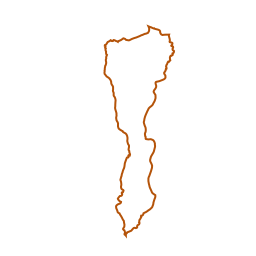 Bagre, Pará, Brazil, rotated 18°
{"feature_id": "56859067B6820333786751", "entity_name": "Bagre", "entity_type": "district", "adm_level": 2, "iso_a3": "BRA", "parent_name": "Brazil", "parent_adm1": "Pará", "projection": "natural_earth1", "projection_center": [-50.178, -2.484], "detail": "fine", "context": "isolated", "style": "outline", "palette": "amber", "viewbox_px": 256, "rotation_deg": 18, "n_neighbors": 0, "source": "geoboundaries", "source_scale": "gbopen_adm2", "svg_char_len": 5847}
<svg xmlns="http://www.w3.org/2000/svg" viewBox="0 0 256 256"><g transform="rotate(18 128 128)"><path d="M122.1,25.1L121.8,25.4L120.0,25.3L119.2,25.1L117.1,25.1L116.0,25.0L116.8,25.9L117.4,26.8L117.9,28.5L118.0,29.3L117.9,30.0L117.6,31.3L117.2,31.7L115.7,32.9L115.0,33.2L114.4,33.7L113.0,35.0L112.1,35.6L110.8,36.9L108.8,38.6L107.7,39.5L106.9,40.0L106.6,40.3L106.2,40.5L104.2,42.1L102.3,44.0L101.7,44.4L99.7,44.7L98.9,44.8L97.8,44.2L96.3,44.1L95.8,44.2L95.3,45.1L94.8,45.6L94.1,46.6L93.6,46.9L93.4,47.2L92.8,47.8L92.4,48.0L91.9,48.5L91.8,49.2L91.0,48.9L89.8,49.0L89.0,48.8L87.3,48.7L87.0,48.9L86.8,49.9L86.4,50.1L85.6,50.3L84.7,49.9L84.3,49.9L84.2,50.4L83.9,50.8L83.5,51.1L82.9,51.8L82.2,52.4L82.0,52.8L81.8,53.8L81.4,55.3L81.1,55.8L80.4,56.3L80.5,57.0L81.1,57.1L81.5,57.6L81.4,58.2L81.4,58.8L81.9,59.1L82.3,59.2L82.3,60.2L82.5,60.7L82.8,61.3L83.5,62.0L83.6,62.4L84.0,63.6L84.2,63.9L84.4,64.3L84.9,64.9L85.4,65.0L85.4,65.8L85.3,66.8L85.3,67.4L85.6,68.0L85.8,68.5L85.8,69.7L85.9,70.2L86.4,71.3L86.7,71.7L87.0,72.4L87.3,73.6L87.3,75.4L87.1,76.1L87.3,76.8L87.4,77.9L87.5,78.4L87.6,78.8L87.9,79.7L87.9,80.5L88.2,81.0L88.5,82.6L88.7,83.1L89.1,83.8L90.8,84.9L91.7,85.6L92.9,85.9L93.3,86.0L94.8,86.5L96.3,87.6L96.7,87.9L97.7,89.2L98.1,90.3L98.5,91.0L99.0,91.6L100.6,92.9L101.2,93.7L101.3,94.2L101.9,95.9L102.1,97.1L102.4,97.7L103.5,99.0L104.2,101.1L104.4,101.6L104.8,102.0L105.9,102.8L106.7,103.8L107.3,104.8L107.7,105.7L108.0,107.1L108.6,109.4L109.2,111.4L109.5,112.9L110.2,114.2L112.1,116.9L112.7,118.1L112.9,118.9L113.3,119.8L113.5,121.7L113.8,122.5L114.2,123.2L114.5,123.9L115.6,125.1L116.3,125.6L117.1,126.7L118.0,129.6L118.6,130.5L119.2,131.3L119.7,131.6L121.7,132.3L122.2,132.3L122.7,132.5L123.3,132.6L123.8,132.6L124.3,133.1L124.7,133.4L127.3,133.9L128.4,134.5L128.9,135.0L129.6,135.8L130.3,137.0L130.6,137.6L131.0,139.0L131.3,140.5L131.6,141.1L132.7,142.8L133.1,143.3L134.1,144.1L134.4,144.5L134.8,145.7L135.1,147.9L135.3,148.6L135.7,149.0L136.4,149.6L136.5,150.1L136.9,150.9L137.8,152.0L138.1,152.5L138.2,153.6L137.0,153.7L136.9,154.3L137.3,154.8L137.5,155.2L137.2,156.0L136.4,156.2L136.1,156.6L136.0,157.9L135.9,161.2L135.9,162.6L136.2,164.1L136.5,165.7L136.6,166.8L136.6,167.7L136.5,168.4L136.4,169.7L136.4,171.0L136.5,171.9L136.4,173.6L136.7,175.9L136.6,176.6L136.7,177.3L136.7,178.2L136.8,179.6L137.0,180.0L137.6,180.7L138.2,181.7L139.1,183.7L139.3,184.5L139.4,185.6L139.6,186.3L139.9,186.9L140.2,187.4L140.9,188.1L142.7,188.5L143.1,188.9L143.1,189.5L143.0,190.7L142.7,190.9L142.1,191.2L142.1,191.8L142.7,192.5L143.0,193.0L143.0,193.6L142.9,194.1L142.4,194.7L141.3,195.2L140.9,196.1L140.4,197.4L140.2,198.4L140.7,199.0L141.3,199.4L141.9,199.8L142.8,200.2L144.2,200.4L144.3,201.0L144.1,201.8L143.8,202.2L143.1,202.8L142.0,203.7L141.6,204.2L140.9,205.4L140.9,206.4L141.6,207.9L143.2,209.7L144.2,211.2L145.2,211.7L146.3,211.8L147.2,212.8L148.6,213.9L150.1,215.3L151.4,216.7L152.7,217.6L153.5,219.3L154.5,221.0L155.0,223.0L154.6,224.6L154.5,225.6L155.4,226.3L156.1,226.4L156.5,226.8L156.8,227.2L157.5,228.3L157.4,229.8L157.6,230.3L158.0,230.5L158.6,230.6L159.2,231.0L158.8,229.9L159.0,229.0L159.4,228.4L159.4,227.6L160.3,226.8L160.9,226.4L161.4,225.9L162.4,225.1L162.9,224.6L163.3,223.5L164.0,221.9L164.5,221.2L165.3,220.8L166.4,220.8L167.2,220.2L167.4,219.5L167.0,218.6L167.1,217.6L168.3,216.2L168.4,215.3L168.2,214.6L167.7,214.4L167.7,213.8L167.5,213.1L167.3,212.1L167.7,210.8L168.1,208.7L167.6,207.9L167.6,207.3L168.1,207.1L168.6,206.9L169.1,206.0L169.2,205.6L169.1,204.3L170.6,202.8L171.0,202.5L171.5,201.8L172.3,200.9L172.5,200.4L174.0,198.6L175.2,196.4L175.4,195.8L175.5,195.4L175.5,194.1L175.6,193.4L175.5,192.1L175.3,191.5L175.2,189.8L175.2,187.2L175.3,186.3L175.3,185.4L175.2,184.7L174.7,183.4L172.6,182.8L171.8,182.5L171.0,182.1L170.4,181.5L170.0,181.0L169.4,180.3L167.2,177.9L166.7,177.2L166.0,176.0L165.1,174.6L163.8,172.2L163.3,170.6L163.0,169.7L162.9,168.4L163.1,166.8L163.1,165.6L163.2,162.1L163.1,158.5L162.8,157.2L162.5,156.2L162.0,155.6L161.3,154.7L159.7,153.1L159.2,152.4L158.8,150.9L158.8,150.0L158.7,148.9L158.8,147.6L159.6,144.0L159.8,142.8L159.8,141.8L159.5,137.4L159.3,136.7L158.7,135.5L158.5,134.7L157.6,133.3L156.3,132.1L155.3,131.7L153.4,131.6L152.8,131.7L151.3,132.4L150.7,132.6L149.0,132.9L148.3,132.9L147.8,132.1L147.6,131.1L147.3,130.8L146.9,130.5L145.9,128.4L145.8,127.3L145.9,126.8L145.9,126.2L145.7,124.9L145.5,124.5L145.3,123.7L144.5,122.1L143.1,120.5L141.7,118.5L141.3,117.8L141.1,116.9L141.1,116.0L140.8,114.2L140.7,112.0L140.8,110.0L141.2,106.0L141.5,104.3L141.6,103.1L141.8,102.6L142.3,101.6L143.5,99.8L144.1,98.7L144.3,98.1L144.5,96.6L144.9,94.7L145.0,93.8L145.0,92.3L145.0,91.4L144.8,90.5L144.1,88.6L143.9,88.1L142.6,87.0L142.1,86.6L141.2,85.7L141.1,85.1L141.2,84.0L141.8,82.3L142.0,81.4L142.1,80.2L141.7,79.0L140.6,77.4L140.4,76.9L140.2,76.3L140.3,75.7L141.3,74.9L141.8,74.7L142.6,74.2L143.3,73.8L146.7,71.0L147.5,70.1L147.7,69.7L148.0,69.0L148.0,68.2L147.3,66.5L145.6,65.1L145.5,64.6L145.3,64.1L145.5,63.5L145.8,62.9L145.9,62.4L145.8,61.9L146.0,61.4L146.0,61.0L145.8,60.6L145.9,60.1L146.3,59.7L146.2,59.3L145.8,59.2L145.9,58.7L145.5,58.0L145.1,57.5L145.2,57.0L145.1,56.2L145.4,55.4L145.5,53.1L145.8,52.4L146.4,52.5L147.3,50.5L146.6,49.6L146.4,48.8L146.2,48.4L146.0,47.7L146.1,46.6L146.3,46.1L146.9,46.0L147.9,44.7L147.8,44.1L147.3,43.8L147.3,43.2L147.9,42.8L148.1,42.3L148.2,41.7L148.1,41.2L148.0,40.6L147.5,40.3L146.7,40.2L146.2,39.7L145.9,39.1L145.9,38.6L146.1,37.9L146.0,37.3L145.6,36.7L145.2,36.5L144.6,36.7L144.1,36.7L143.7,36.2L144.2,34.9L144.2,34.1L143.9,33.5L143.3,33.3L142.5,33.3L142.0,33.4L141.2,33.4L140.9,33.1L140.8,32.0L140.3,30.7L138.6,28.1L138.2,27.0L138.2,26.5L133.9,28.0L132.0,28.9L131.2,28.8L130.7,28.7L130.1,28.3L129.7,27.9L129.2,27.4L129.0,27.0L128.6,26.0L128.0,25.5L126.9,25.2L125.7,25.2L123.0,25.4L122.6,25.3L122.1,25.1Z" fill="none" stroke="#b45309" stroke-width="2"/></g></svg>